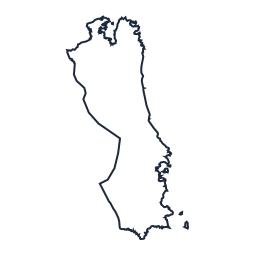 Zambales, Zambales, Philippines, rotated 182°
{"feature_id": "2640588B17055181338626", "entity_name": "Zambales", "entity_type": "district", "adm_level": 2, "iso_a3": "PHL", "parent_name": "Philippines", "parent_adm1": "Zambales", "projection": "mercator", "projection_center": [120.051, 15.306], "detail": "fine", "context": "isolated", "style": "outline", "palette": "slate", "viewbox_px": 256, "rotation_deg": 182, "n_neighbors": 0, "source": "geoboundaries", "source_scale": "gbopen_adm2", "svg_char_len": 5780}
<svg xmlns="http://www.w3.org/2000/svg" viewBox="0 0 256 256"><g transform="rotate(182 128 128)"><path d="M191.2,202.9L191.4,201.6L188.6,195.3L186.5,195.0L186.0,194.2L186.6,193.6L184.2,192.3L184.3,191.4L183.4,190.6L183.9,179.5L181.0,173.3L173.1,166.6L171.5,161.4L173.6,155.2L167.7,142.0L157.6,131.4L135.6,117.3L137.0,102.4L140.1,87.3L146.5,75.6L154.2,71.4L144.5,54.0L143.0,52.4L139.6,46.5L138.0,44.5L134.6,38.0L133.5,34.2L132.9,28.9L132.4,27.4L130.9,26.7L128.4,26.9L127.6,26.3L126.5,26.8L125.8,26.3L124.4,27.5L123.7,27.2L123.7,26.2L121.5,26.2L121.7,25.5L120.8,25.0L119.1,25.0L119.0,25.6L118.3,23.9L117.3,23.8L117.1,24.4L116.6,23.6L116.0,23.6L116.0,22.3L115.1,22.5L114.2,21.3L113.4,21.7L113.8,20.5L112.2,19.3L112.1,17.9L111.5,17.5L108.7,17.8L108.0,18.2L107.8,20.4L106.1,21.6L105.8,22.9L107.1,23.2L107.4,23.9L105.6,24.1L105.5,24.9L104.6,25.1L105.4,26.6L105.2,27.3L104.3,28.2L102.7,28.4L101.3,30.5L99.6,31.0L97.9,30.2L96.8,30.7L95.9,29.9L95.1,30.8L93.8,31.1L92.9,29.5L90.9,30.6L90.8,29.1L90.4,28.8L89.0,30.3L87.9,30.1L86.5,30.6L83.2,29.8L84.5,31.5L85.9,37.6L86.9,37.9L87.2,39.7L88.0,39.9L87.5,40.2L87.5,41.2L86.6,42.0L86.8,42.5L86.2,41.8L85.2,42.1L84.9,41.6L84.1,41.7L82.3,42.9L80.6,43.3L80.1,44.9L81.0,46.4L82.3,46.8L83.6,48.1L84.8,50.0L84.2,48.6L84.5,48.5L85.3,50.2L84.7,50.2L85.9,51.3L86.6,51.3L87.6,50.3L89.1,50.2L92.2,52.9L92.6,53.9L92.2,53.8L92.5,55.2L91.8,56.5L91.9,58.1L91.5,58.9L90.6,59.2L90.1,60.3L90.6,62.1L90.4,63.2L88.4,66.5L86.6,66.7L87.9,69.0L88.1,71.2L89.5,71.2L89.1,71.7L88.4,71.6L89.3,75.1L88.6,77.2L88.9,78.0L89.8,78.2L89.1,78.8L90.4,78.3L91.4,79.7L90.4,78.2L90.7,77.4L91.2,77.7L90.7,77.3L90.9,76.6L94.0,75.9L95.4,76.5L95.4,78.3L94.4,79.1L93.4,79.1L92.9,79.7L94.2,80.4L94.2,80.8L93.5,81.3L94.5,81.2L95.1,82.2L95.4,81.7L95.5,82.3L94.6,82.9L94.3,84.0L94.7,83.7L95.4,84.2L96.0,85.5L97.0,86.3L98.6,86.4L98.3,87.5L97.2,87.2L97.3,87.7L98.6,88.4L98.8,89.2L98.4,89.5L97.9,88.8L97.0,88.9L97.4,89.6L96.5,89.5L96.4,90.0L94.6,90.9L94.4,91.6L95.1,92.2L94.7,93.5L95.0,93.5L93.8,94.8L91.1,95.3L89.7,95.1L87.2,93.3L87.1,91.8L86.4,92.0L86.7,93.1L85.9,94.8L86.3,96.3L87.5,98.9L88.5,99.2L88.7,100.0L89.4,100.4L88.8,100.4L88.5,101.5L86.5,102.5L85.3,101.9L85.2,103.2L84.5,103.2L84.0,103.8L84.4,104.7L85.2,104.9L85.7,105.7L86.9,105.4L86.7,105.8L87.6,106.8L86.3,108.4L86.7,109.5L89.1,110.2L89.7,111.3L92.9,113.8L94.5,116.0L95.3,116.4L95.7,118.5L97.2,119.0L98.1,119.8L98.5,120.9L97.9,122.5L98.0,124.1L102.4,129.0L107.6,135.9L107.6,136.8L107.0,137.6L107.4,137.6L107.4,139.1L106.7,142.2L110.2,150.9L114.0,166.4L114.0,168.2L113.5,168.4L114.2,168.6L115.8,175.0L115.7,177.5L114.7,180.5L116.5,183.5L116.8,186.5L116.7,190.3L115.2,199.8L116.4,203.5L116.1,204.2L115.5,204.3L115.7,207.6L115.1,208.0L114.5,207.9L115.0,208.7L114.7,209.6L115.4,210.0L115.5,211.0L116.9,210.6L117.9,211.2L117.4,212.6L116.7,212.7L116.8,213.6L117.5,213.5L118.7,214.5L117.8,216.1L118.4,216.2L119.5,215.4L120.4,216.0L120.1,218.4L119.4,219.5L120.2,221.1L119.4,223.0L119.7,223.7L122.3,222.1L124.7,222.3L125.2,223.1L123.9,225.1L122.1,225.5L120.9,226.5L121.1,227.7L120.4,228.3L120.4,229.3L121.3,229.7L121.5,230.3L122.0,229.9L122.7,230.2L123.6,229.8L124.4,229.9L124.6,230.4L126.1,229.5L127.3,229.8L128.3,230.9L129.2,231.2L129.7,232.5L129.3,233.5L128.7,233.4L127.5,233.9L126.9,233.6L127.0,234.6L127.9,234.4L129.1,235.6L130.7,235.8L132.5,235.0L133.9,236.8L134.4,238.5L136.5,236.6L138.0,238.0L138.3,237.3L139.1,237.0L139.1,236.4L140.2,236.1L140.9,234.9L140.7,234.1L142.2,231.2L142.1,229.8L142.8,227.0L143.7,225.7L143.7,225.0L145.0,224.7L144.5,222.7L143.7,222.6L144.6,222.3L145.0,221.1L144.6,221.1L144.5,220.5L144.5,217.4L142.9,214.7L143.5,213.3L143.3,212.4L145.1,211.6L145.6,211.8L146.4,211.4L146.5,212.0L146.5,211.3L147.1,211.9L147.6,211.2L147.6,211.6L148.6,212.0L148.8,214.3L150.3,215.0L150.0,216.0L150.5,216.9L152.6,217.3L152.8,216.7L153.6,216.7L154.7,217.3L154.6,218.5L155.1,219.4L154.6,220.4L154.9,222.0L155.3,221.4L155.2,222.3L158.7,224.0L158.9,223.5L158.4,223.4L158.4,222.9L158.6,223.0L159.0,222.9L158.4,222.6L159.2,222.6L158.2,222.5L158.4,222.1L158.7,222.0L158.7,222.3L158.8,222.3L158.8,221.9L158.9,222.3L158.9,221.9L159.0,222.3L158.9,221.9L159.4,221.9L159.7,223.2L160.0,222.8L160.0,223.3L160.6,223.2L160.3,224.4L159.8,224.4L160.2,224.7L159.9,225.9L160.5,226.1L159.8,226.0L160.0,226.4L158.7,227.8L158.0,226.3L155.4,226.9L154.0,225.5L153.5,226.2L154.4,226.9L154.4,227.4L152.9,228.0L153.1,228.7L155.5,229.7L156.9,229.8L157.4,230.4L156.3,231.4L154.5,231.2L154.9,231.7L154.6,232.1L153.5,232.0L153.1,231.5L152.7,232.3L153.9,233.0L153.1,233.4L151.7,233.1L150.0,234.0L151.4,235.4L150.9,236.1L151.3,236.5L152.2,236.3L154.3,237.4L156.8,237.3L156.8,238.4L157.2,238.3L159.2,236.5L157.8,236.4L157.3,235.6L157.7,235.2L158.8,235.2L160.4,236.3L162.0,236.0L164.8,234.8L166.8,232.7L172.3,230.8L172.7,228.2L171.5,227.0L171.0,227.0L171.3,226.4L170.7,225.1L169.6,225.6L168.7,225.5L168.7,223.9L168.3,224.0L168.1,223.2L169.3,223.2L169.1,222.5L169.6,222.2L169.5,221.5L169.0,221.2L169.0,219.8L168.3,219.4L168.2,218.3L167.7,218.2L168.3,216.9L169.1,216.4L168.4,215.9L168.7,215.3L172.9,213.0L177.6,211.8L179.6,210.1L180.9,209.8L181.2,207.1L181.9,207.0L184.0,204.3L186.0,204.7L187.9,203.1L189.6,203.7L190.1,203.3L191.5,203.6L191.2,202.9ZM64.9,29.6L64.5,30.7L65.0,33.1L65.0,35.0L66.1,36.3L67.3,35.2L67.5,31.4L68.1,31.1L64.9,29.6ZM90.4,84.7L88.0,85.3L86.8,85.0L86.5,86.6L87.3,88.8L88.7,88.8L89.7,88.2L90.0,87.7L89.6,86.7L91.7,85.7L90.4,84.7ZM72.2,43.3L71.0,44.0L71.0,45.8L72.6,44.9L73.3,43.6L72.2,43.3ZM123.9,232.5L123.4,233.7L124.1,234.8L126.1,233.5L123.9,232.5ZM85.7,91.1L84.6,90.8L84.2,91.3L84.4,92.2L85.9,91.6L85.7,91.1ZM146.7,231.2L146.7,232.6L147.9,232.3L147.7,231.5L146.7,231.2ZM148.3,215.6L147.9,216.0L148.0,216.4L148.5,216.6L148.3,215.6ZM126.9,233.9L126.1,233.6L126.1,233.9L126.9,233.9Z" fill="none" stroke="#1e293b" stroke-width="2"/></g></svg>